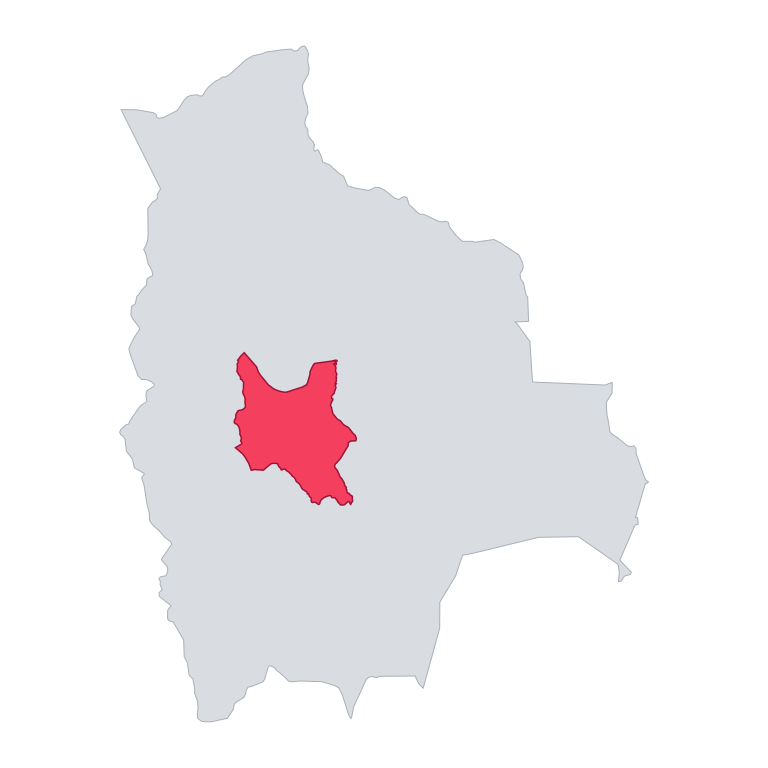 Bolivia, with Cochabamba highlighted
{"feature_id": "BOL-1291", "entity_name": "Cochabamba", "entity_type": "Department", "adm_level": 1, "iso_a3": "BOL", "parent_name": "Bolivia", "parent_adm1": "", "projection": "natural_earth1", "projection_center": [-65.4, -17.184], "detail": "fine", "context": "in_parent", "style": "filled", "palette": "rose", "viewbox_px": 768, "rotation_deg": 0, "n_neighbors": 0, "source": "natural_earth", "source_scale": "10m", "svg_char_len": 8441}
<svg xmlns="http://www.w3.org/2000/svg" viewBox="0 0 768 768"><path d="M126.4,451.2L125.1,439.4L123.3,436.5L120.6,434.5L119.7,432.2L120.6,429.7L125.9,424.8L128.7,424.0L129.4,421.5L139.0,407.5L141.9,404.7L145.3,402.7L146.8,401.1L146.0,396.0L146.2,392.5L147.3,390.4L153.8,386.3L154.4,385.5L154.2,384.2L151.3,381.6L145.5,379.3L141.7,379.5L138.0,375.8L130.3,354.7L129.0,349.7L129.1,347.8L134.2,337.4L139.8,329.0L139.1,327.1L132.8,318.9L130.9,315.0L131.5,306.4L135.2,303.9L136.9,296.2L138.5,295.0L141.9,289.8L146.6,285.0L146.9,279.2L148.3,277.7L152.3,275.8L152.7,274.4L151.8,270.5L149.8,266.4L148.2,264.4L146.0,254.4L143.7,249.4L146.2,244.9L147.7,239.9L148.1,234.0L147.8,208.3L152.6,201.9L155.1,200.6L157.4,198.4L157.2,194.4L160.6,188.9L121.1,109.6L136.5,109.8L153.2,112.6L156.0,114.3L156.6,117.1L158.5,118.3L163.1,117.6L176.8,110.8L178.7,108.6L183.4,101.1L187.2,96.9L190.7,95.4L197.6,94.8L199.8,96.0L202.6,95.8L205.0,91.5L208.7,86.8L216.0,80.8L219.7,79.2L222.0,77.1L225.9,76.8L229.4,74.7L246.1,59.6L252.9,55.8L260.7,54.1L266.6,52.0L281.5,49.9L291.1,49.0L294.2,51.1L297.6,50.5L300.6,47.2L303.0,46.1L304.8,46.2L307.3,50.2L308.6,54.4L307.8,57.6L307.9,62.3L309.1,68.4L308.4,73.8L303.0,83.9L302.5,86.9L302.9,90.9L304.5,97.5L307.5,106.6L308.0,113.3L305.9,117.7L304.9,121.5L305.1,124.7L305.8,126.9L307.1,128.2L307.9,130.7L308.0,134.5L309.8,138.2L313.1,141.8L314.5,145.2L313.8,148.4L314.0,150.4L315.0,151.2L317.1,149.7L318.2,150.0L320.5,154.5L322.1,159.1L322.5,162.0L329.6,164.8L339.2,173.7L343.5,176.1L347.6,185.8L354.8,188.0L368.7,190.4L375.3,187.3L379.6,187.7L384.2,189.8L394.6,198.1L398.9,199.5L401.9,197.4L404.7,196.6L406.9,197.5L409.1,204.5L417.0,212.1L420.1,214.3L423.5,214.2L438.1,221.2L442.0,221.8L445.9,221.3L448.4,222.6L449.4,226.8L455.9,235.2L459.0,238.5L462.7,241.4L472.1,241.3L474.9,242.2L493.9,239.5L501.0,243.2L518.8,254.9L522.5,262.5L523.2,266.6L522.2,270.8L520.6,272.4L520.1,275.1L520.7,279.1L523.5,282.7L526.0,294.9L527.7,297.3L528.6,321.4L515.1,321.9L517.4,324.2L529.9,341.5L532.5,382.0L603.9,385.0L605.7,384.9L611.0,382.7L612.3,382.7L612.0,393.3L606.7,401.5L606.3,404.1L607.0,414.8L608.8,423.6L609.7,431.4L611.7,433.9L617.9,438.0L627.2,445.7L630.9,446.7L634.1,445.7L635.9,448.8L636.2,453.9L644.4,477.0L645.9,480.1L648.3,481.7L647.8,482.9L645.8,483.4L644.9,485.0L635.4,517.6L637.7,517.8L638.2,524.3L635.4,524.8L634.5,526.2L619.8,560.2L631.4,572.3L630.2,574.4L624.4,576.2L621.2,581.1L618.3,581.8L619.3,573.3L618.5,565.9L617.6,564.0L578.4,536.7L538.6,537.3L473.2,553.2L462.6,555.2L455.5,576.2L439.8,602.2L439.7,628.1L423.2,688.1L419.2,684.3L416.2,678.6L415.4,676.0L415.0,676.0L379.1,676.3L377.3,677.5L374.7,677.5L372.9,676.4L371.0,676.5L368.4,677.6L366.1,679.8L353.5,707.1L351.7,717.0L350.9,718.6L348.8,715.2L342.4,695.2L338.9,687.9L334.8,685.6L322.2,681.7L299.5,681.0L292.3,681.8L288.6,681.2L284.7,677.1L276.2,669.9L274.4,667.6L271.2,666.1L269.2,665.9L268.0,667.4L264.8,678.8L263.0,681.9L251.2,686.6L248.0,687.2L246.3,689.9L245.6,693.7L244.2,697.1L236.0,702.3L234.2,704.5L233.3,709.5L227.3,718.3L210.7,721.9L205.2,721.8L201.5,721.3L197.8,718.4L197.3,713.6L198.0,708.5L197.6,701.4L194.6,693.2L194.8,690.6L194.4,686.6L192.9,679.0L189.1,675.2L187.5,663.4L184.2,656.5L183.7,640.1L173.3,622.1L169.0,620.8L168.0,619.7L167.5,617.0L167.7,610.3L171.1,605.6L159.8,596.9L159.1,594.7L159.1,592.8L162.2,589.3L160.2,584.9L160.3,581.0L159.0,579.3L159.2,578.0L160.4,576.9L165.9,575.7L167.6,571.7L167.7,568.3L166.8,566.0L161.7,560.0L161.6,559.0L171.7,544.2L171.4,543.1L170.4,541.6L164.8,537.3L158.8,530.4L154.5,526.8L151.3,523.3L149.7,520.4L149.2,512.4L147.0,504.4L144.1,485.2L141.7,478.1L144.1,474.3L143.9,473.3L134.4,467.8L132.4,459.0L126.4,451.2Z" fill="#d9dde1" stroke="#a8b0b8" stroke-width="1"/><path d="M235.4,447.7L241.0,444.3L241.5,443.9L241.8,443.4L241.7,442.7L241.5,442.2L241.1,441.8L240.8,441.2L240.6,440.7L241.4,438.8L240.8,436.0L240.5,435.6L240.1,434.9L239.9,434.4L239.9,433.7L240.0,432.1L239.4,428.4L239.1,427.6L238.8,426.9L238.3,426.0L237.6,425.2L237.1,424.4L235.1,423.5L234.4,422.8L234.2,421.8L234.4,420.8L234.7,419.7L234.9,419.3L235.7,418.1L235.9,417.6L235.9,417.1L235.8,416.1L235.8,415.0L236.1,414.1L237.0,412.4L237.8,411.0L238.9,410.4L241.5,410.0L242.5,409.6L243.7,408.9L244.7,408.0L245.3,407.0L245.4,406.1L245.4,405.3L245.0,402.9L245.0,402.3L245.1,398.4L244.7,396.9L243.4,394.3L242.9,392.9L242.8,391.6L243.4,389.0L243.6,382.7L243.3,381.9L242.4,380.6L242.0,379.9L241.8,379.7L240.5,379.2L240.4,378.8L240.5,378.0L240.4,376.9L239.9,376.0L238.6,374.5L238.0,373.1L237.2,372.0L237.0,371.6L237.0,371.1L237.4,367.3L237.4,366.0L237.2,364.8L237.2,364.2L237.3,363.7L237.7,363.0L238.0,362.5L238.3,362.0L238.3,361.2L238.3,360.8L238.1,360.6L237.9,360.5L237.7,360.4L237.6,360.2L239.0,358.5L240.5,356.3L244.2,352.7L256.4,366.7L256.9,367.7L257.6,369.9L258.1,371.4L258.3,372.0L260.8,375.7L268.0,384.4L268.9,385.3L273.2,388.5L275.4,389.7L278.8,391.0L283.4,392.1L285.6,392.2L287.0,392.0L302.2,387.1L306.4,384.8L307.0,383.9L307.6,382.5L310.0,374.2L310.0,372.6L310.1,371.8L311.5,368.5L313.6,364.4L314.9,363.4L331.6,361.1L335.9,360.1L336.5,360.4L337.0,360.5L336.7,361.6L336.2,361.7L335.0,361.7L336.0,362.8L336.2,363.3L336.2,364.2L335.6,363.8L335.0,363.6L334.4,363.7L333.8,364.2L334.5,364.8L335.2,365.7L335.7,366.6L335.9,367.7L336.0,368.3L335.8,368.7L335.7,368.9L335.6,369.3L335.6,371.0L335.8,372.1L336.6,373.4L336.8,374.2L336.6,375.0L336.3,375.9L336.1,376.8L336.5,377.9L336.2,378.9L336.2,379.8L336.3,380.7L336.2,381.7L335.2,383.2L335.2,383.8L336.2,383.8L335.4,385.3L335.3,385.8L335.4,386.2L335.8,386.8L335.9,387.3L335.8,388.1L334.5,391.7L334.4,391.8L334.1,393.3L333.7,393.8L332.7,394.6L332.3,395.1L331.9,395.8L331.6,396.7L331.5,397.5L331.7,398.3L332.0,398.6L332.4,398.8L332.8,399.0L332.9,399.5L332.8,399.9L331.2,402.8L331.0,404.0L330.5,404.9L330.4,405.6L330.6,406.1L331.3,406.9L331.5,407.4L331.6,407.9L331.7,408.9L332.7,413.0L333.3,414.2L337.4,419.2L338.4,419.9L339.4,420.2L339.8,420.5L340.3,420.8L343.0,424.1L343.7,424.7L346.2,426.4L347.4,426.8L347.8,427.1L349.2,428.4L352.9,433.2L354.9,435.0L355.2,435.4L355.4,435.8L355.8,437.1L356.2,437.9L356.3,438.8L356.1,439.8L355.8,440.8L355.1,440.8L354.3,440.9L353.8,440.8L353.4,440.8L352.5,441.0L352.0,441.1L351.2,441.0L350.8,441.0L350.3,441.2L348.6,442.5L348.3,442.8L348.1,443.4L348.1,443.9L348.2,445.1L348.1,445.6L347.9,446.1L341.0,457.7L340.1,458.9L336.5,463.0L335.5,463.9L334.9,464.7L334.6,466.1L334.8,467.1L335.1,467.7L337.0,470.0L337.6,471.0L339.0,474.1L339.9,476.6L340.5,477.4L340.9,477.8L341.4,478.2L341.7,478.6L342.1,479.1L342.7,480.4L343.6,481.7L344.2,483.0L344.7,485.1L345.4,486.4L345.9,486.9L346.2,487.1L346.3,487.4L346.3,488.0L346.2,488.4L346.1,488.7L346.1,489.0L346.7,489.8L346.8,490.1L346.8,490.9L346.8,491.2L346.9,491.7L347.2,492.3L347.4,492.7L347.7,492.9L347.8,492.9L348.6,493.2L349.1,493.5L349.7,494.1L350.4,494.9L350.8,495.3L351.8,495.8L352.0,496.0L352.3,496.3L352.4,496.6L352.4,497.0L352.3,499.0L352.4,499.5L352.4,499.9L352.7,500.7L352.7,501.0L352.5,501.4L351.4,502.9L350.7,504.4L350.2,504.0L350.0,503.6L349.6,502.3L349.4,502.0L348.4,501.6L347.5,502.0L344.5,504.7L344.0,504.9L343.3,505.0L341.1,505.0L340.5,504.9L340.1,504.6L339.4,503.6L339.0,503.2L338.2,502.4L337.8,502.0L337.2,500.5L337.1,500.2L336.6,500.0L336.2,499.5L335.7,498.4L334.9,497.8L332.8,497.8L331.9,497.5L331.6,497.1L331.1,496.2L330.8,495.8L330.0,495.6L329.0,495.7L325.9,496.7L323.5,498.0L321.9,499.2L320.9,500.3L320.5,500.9L320.2,501.6L319.9,503.1L319.6,503.8L319.1,504.3L318.5,504.4L317.9,504.1L315.9,502.6L315.2,502.2L314.4,502.1L312.7,502.5L311.9,502.3L311.4,501.6L311.2,500.5L311.2,499.1L311.1,497.9L310.6,497.4L310.1,497.2L309.7,496.7L309.2,496.1L309.0,495.6L308.7,493.9L308.2,493.8L307.7,493.9L307.3,493.9L307.2,493.4L307.1,492.9L307.0,492.4L306.9,491.9L306.7,491.8L306.3,491.6L304.8,490.7L304.4,490.2L304.2,490.0L303.9,489.9L303.3,489.8L303.0,489.7L301.7,488.1L299.8,484.4L298.3,483.0L297.5,482.5L296.8,481.9L296.1,481.2L295.6,479.7L295.1,478.8L294.1,477.3L292.5,476.3L291.8,475.6L291.4,474.7L288.7,472.0L286.1,470.4L285.3,469.1L284.4,469.1L281.5,469.9L281.1,469.8L280.8,468.5L280.5,468.0L280.1,467.7L279.6,467.5L279.1,467.0L278.5,465.9L277.9,464.6L277.7,463.6L276.8,463.6L276.4,463.5L275.8,463.4L274.4,463.3L272.6,463.4L271.4,463.7L270.9,463.9L267.4,466.7L266.4,467.5L263.9,469.8L263.4,470.1L263.0,470.2L262.5,470.2L260.3,469.8L257.7,469.9L256.0,469.7L255.7,469.6L255.3,469.5L254.3,469.6L251.3,470.3L248.9,463.7L245.6,458.0L243.3,454.7L242.5,453.8L235.4,447.7Z" fill="#f43f5e" stroke="#9f1239" stroke-width="1.5"/></svg>